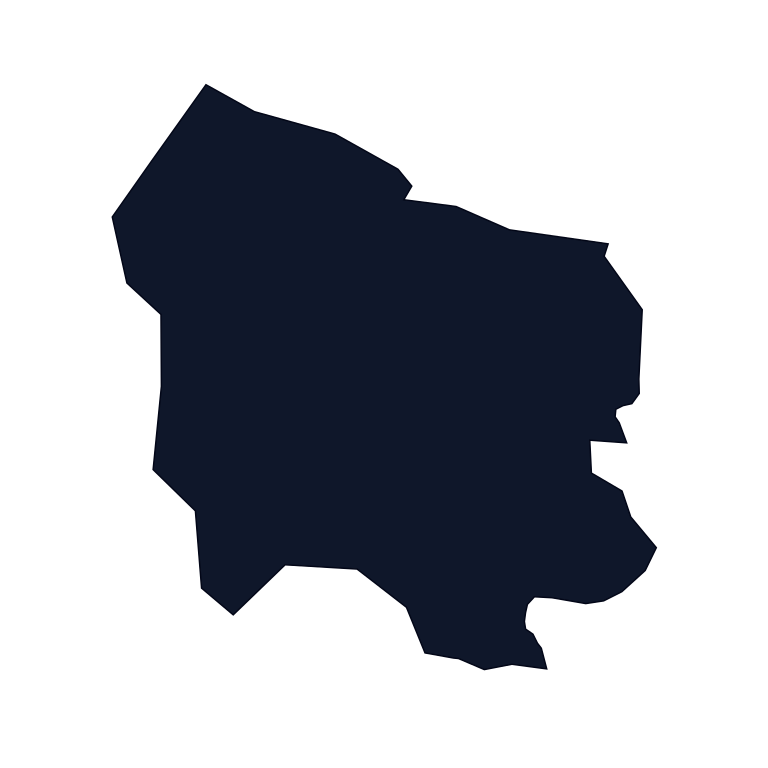 the border of Brocenu, rotated 10°
{"feature_id": "LVA-5711", "entity_name": "Brocenu", "entity_type": "Municipality", "adm_level": 1, "iso_a3": "LVA", "parent_name": "Latvia", "parent_adm1": "", "projection": "robinson", "projection_center": [22.717, 56.707], "detail": "fine", "context": "isolated", "style": "filled", "palette": "ink", "viewbox_px": 768, "rotation_deg": 10, "n_neighbors": 0, "source": "natural_earth", "source_scale": "10m", "svg_char_len": 841}
<svg xmlns="http://www.w3.org/2000/svg" viewBox="0 0 768 768"><g transform="rotate(10 384 384)"><path d="M580.4,207.1L578.6,220.0L625.4,266.0L634.1,334.8L637.0,349.0L631.5,360.3L623.1,363.8L616.7,368.6L617.3,376.2L622.4,381.4L633.2,399.8L596.4,403.6L603.7,435.7L637.0,448.1L650.1,472.1L680.6,497.9L673.6,522.3L654.3,547.2L638.0,559.4L620.8,565.2L586.6,565.3L569.1,567.4L563.5,576.1L563.1,584.7L563.5,593.5L566.0,600.8L574.1,604.5L580.1,612.6L584.8,616.9L593.7,636.3L558.5,637.8L532.4,647.8L505.0,641.4L499.9,641.8L471.1,641.7L444.9,600.0L389.6,570.9L318.0,579.2L275.6,637.5L239.8,616.7L220.3,541.7L171.5,508.4L165.2,425.0L152.3,354.2L113.3,329.2L87.4,266.7L116.7,204.2L156.7,120.2L209.0,138.3L292.4,146.4L360.5,170.1L377.0,184.3L371.5,199.1L424.2,196.7L480.7,210.4L580.4,207.1Z" fill="#0f172a" stroke="#020617" stroke-width="1.5"/></g></svg>